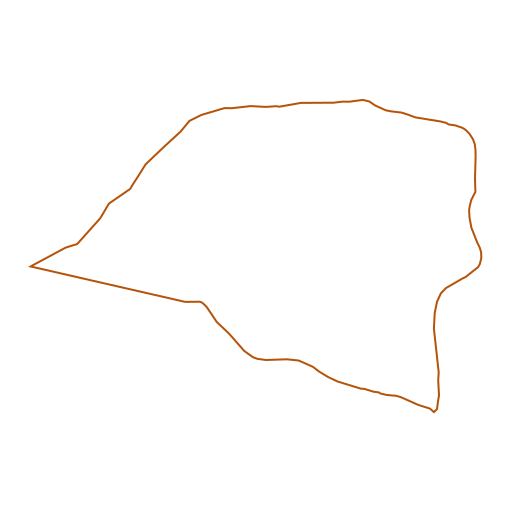 Todos Santos Cuchumatán, Huehuetenango, Guatemala (Albers equal-area conic projection)
{"feature_id": "79465075B37558522420753", "entity_name": "Todos Santos Cuchumatán", "entity_type": "district", "adm_level": 2, "iso_a3": "GTM", "parent_name": "Guatemala", "parent_adm1": "Huehuetenango", "projection": "albers", "projection_center": [-91.561, 15.562], "detail": "fine", "context": "isolated", "style": "outline", "palette": "amber", "viewbox_px": 512, "rotation_deg": 0, "n_neighbors": 0, "source": "geoboundaries", "source_scale": "gbopen_adm2", "svg_char_len": 1380}
<svg xmlns="http://www.w3.org/2000/svg" viewBox="0 0 512 512"><path d="M475.4,191.9L475.0,179.1L475.6,157.0L475.5,150.1L474.8,144.3L473.0,139.3L469.5,133.8L465.6,129.9L463.9,128.7L461.6,127.5L458.5,126.5L455.8,125.5L448.5,124.4L446.2,122.9L440.7,121.5L415.5,117.4L409.7,115.3L407.9,114.6L401.6,112.6L390.6,111.3L385.8,110.3L375.2,105.5L369.4,101.5L362.9,99.9L349.5,101.7L341.9,101.7L333.7,102.7L300.9,102.9L279.3,106.7L276.4,106.2L265.8,106.9L250.6,106.1L231.8,108.2L224.5,108.1L201.5,114.9L189.4,120.9L180.6,131.6L165.2,145.7L154.2,156.1L145.5,164.5L137.2,177.7L132.2,185.4L130.2,188.9L109.0,203.5L100.2,218.3L77.1,244.1L71.7,245.7L65.5,247.7L32.3,265.5L30.7,266.5L82.2,278.3L185.2,301.9L199.7,301.7L202.3,302.7L206.7,307.0L216.7,321.9L229.2,333.8L244.3,351.0L252.8,357.1L257.2,358.8L265.9,360.0L286.9,359.3L298.6,360.5L312.9,366.8L318.7,371.3L328.2,377.1L337.8,381.6L361.0,388.7L364.0,388.8L373.5,391.7L378.8,392.4L380.4,393.5L386.9,395.0L396.2,395.8L401.2,397.3L418.2,404.9L430.0,408.6L433.9,412.1L437.0,409.1L438.1,400.8L439.0,395.4L438.2,380.4L438.7,372.4L433.9,328.6L434.7,313.1L437.0,301.8L440.9,293.3L446.2,287.9L455.9,282.3L462.1,278.7L465.6,277.0L478.1,267.1L479.8,264.1L481.3,258.1L481.1,252.1L479.8,247.8L478.3,244.7L477.0,242.0L473.5,233.0L471.4,227.8L469.5,217.6L469.1,210.0L470.0,205.0L471.3,199.8L475.4,191.9Z" fill="none" stroke="#b45309" stroke-width="2"/></svg>